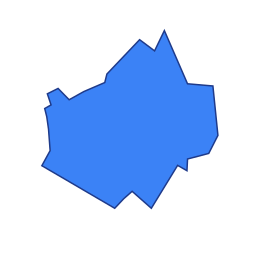 the district of Tepelenë, Gjirokastër, Albania, rotated 254°
{"feature_id": "67620474B25662331989090", "entity_name": "Tepelenë", "entity_type": "district", "adm_level": 2, "iso_a3": "ALB", "parent_name": "Albania", "parent_adm1": "Gjirokastër", "projection": "mercator", "projection_center": [19.977, 40.343], "detail": "fine", "context": "isolated", "style": "filled", "palette": "blue", "viewbox_px": 256, "rotation_deg": 254, "n_neighbors": 0, "source": "geoboundaries", "source_scale": "gbopen_adm2", "svg_char_len": 474}
<svg xmlns="http://www.w3.org/2000/svg" viewBox="0 0 256 256"><g transform="rotate(254 128 128)"><path d="M115.5,34.8L54.5,93.1L61.2,104.4L66.0,114.5L44.4,128.3L78.4,165.4L70.7,172.9L81.8,176.7L81.3,198.6L96.1,212.4L145.0,221.2L154.1,197.4L211.6,189.8L194.8,174.8L209.7,163.5L185.7,122.6L178.1,118.2L175.2,95.6L171.4,79.2L185.3,71.7L183.1,59.9L171.4,60.4L169.7,53.3L161.1,53.0L148.9,51.3L127.7,46.9L115.5,34.8Z" fill="#3b82f6" stroke="#1e3a8a" stroke-width="1.5"/></g></svg>